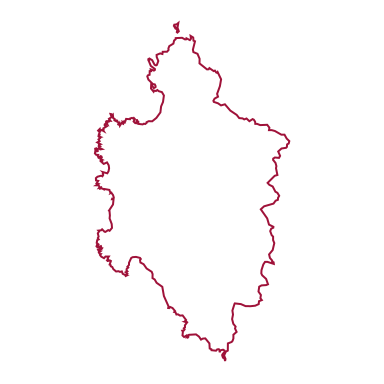 Nossa Senhora Do Monte, Brava, Cabo Verde (Mercator projection)
{"feature_id": "66160863B40523802781782", "entity_name": "Nossa Senhora Do Monte", "entity_type": "district", "adm_level": 2, "iso_a3": "CPV", "parent_name": "Cabo Verde", "parent_adm1": "Brava", "projection": "mercator", "projection_center": [-24.736, 14.849], "detail": "fine", "context": "isolated", "style": "outline", "palette": "rose", "viewbox_px": 384, "rotation_deg": 0, "n_neighbors": 0, "source": "geoboundaries", "source_scale": "gbopen_adm2", "svg_char_len": 5979}
<svg xmlns="http://www.w3.org/2000/svg" viewBox="0 0 384 384"><path d="M195.0,41.3L193.5,40.7L193.2,37.5L190.6,35.9L191.0,38.7L189.9,40.1L186.4,38.3L186.1,39.3L185.0,39.4L182.1,37.8L175.7,38.1L175.6,39.3L174.1,40.5L173.4,43.6L169.3,46.1L168.4,48.4L168.6,49.9L167.1,51.7L162.7,51.8L162.4,54.0L160.2,53.4L156.6,54.9L156.7,57.0L158.3,61.0L156.9,64.9L156.0,65.4L154.6,64.8L152.2,60.2L149.4,58.5L148.3,59.2L148.4,60.1L149.2,60.1L148.7,60.7L150.8,65.9L154.9,69.0L154.9,69.9L153.9,70.6L150.7,69.4L151.0,71.1L149.7,71.1L149.6,74.8L147.8,75.4L147.3,76.4L148.4,79.6L152.9,84.1L154.8,84.4L155.6,86.1L155.5,87.2L153.8,88.1L151.2,84.4L151.0,88.5L153.6,91.7L154.1,90.6L156.0,91.0L157.3,90.0L158.8,91.2L161.9,92.1L163.9,95.5L163.0,102.0L161.1,106.4L160.4,112.4L156.4,117.9L152.2,121.3L148.7,121.2L146.6,122.2L146.6,122.9L145.2,124.0L143.9,123.7L142.7,124.4L138.3,123.9L138.3,121.6L137.3,121.1L136.8,119.3L136.3,123.2L135.2,123.1L133.6,121.5L134.8,119.0L133.8,117.9L133.1,118.5L132.0,117.9L130.1,118.5L130.0,119.2L126.1,118.9L125.4,121.0L124.2,121.3L124.8,122.6L123.9,122.9L122.6,122.0L122.9,123.7L121.5,123.1L119.9,125.6L119.5,123.4L118.8,124.7L118.2,124.4L118.6,123.2L117.0,120.5L116.3,120.4L116.2,121.2L114.4,120.3L114.6,118.9L113.2,118.1L112.9,115.1L112.3,115.9L111.6,114.2L110.5,114.0L111.6,117.1L109.0,118.8L110.5,120.8L109.0,120.7L109.0,121.4L108.1,121.4L107.8,122.0L107.4,121.1L106.5,121.1L106.0,121.9L107.3,124.4L105.6,123.6L104.7,124.4L104.7,125.4L106.6,126.4L103.3,128.4L103.6,129.5L102.9,129.8L103.7,131.1L101.7,130.0L100.2,131.0L99.8,128.9L98.1,130.6L99.7,132.2L99.0,134.3L100.4,135.0L98.8,134.7L98.5,136.2L100.7,137.1L99.5,137.5L100.0,138.2L98.5,139.4L99.6,141.1L97.3,142.4L100.3,144.1L99.0,144.4L98.8,145.3L100.1,146.2L98.9,146.8L99.6,147.9L102.0,149.1L100.3,149.4L99.0,148.5L97.0,149.0L96.4,148.3L95.2,148.7L95.3,149.8L97.7,149.5L97.4,150.6L98.5,150.8L96.7,151.4L94.7,151.0L95.3,151.5L94.9,153.4L96.2,154.8L98.1,154.9L97.7,155.9L98.5,157.6L100.5,156.1L101.4,156.4L101.8,157.3L100.4,158.7L102.3,159.8L100.6,160.3L100.5,161.1L101.0,161.5L101.5,160.6L102.1,160.8L102.4,162.8L103.7,163.9L107.0,162.4L108.7,165.3L109.1,168.3L108.5,171.3L107.3,173.3L102.9,172.1L103.6,172.8L102.8,173.4L103.2,175.0L102.4,176.3L101.2,175.7L97.5,176.7L95.9,178.1L96.0,180.4L98.2,180.9L96.6,183.3L98.4,183.9L96.2,185.3L98.7,185.4L99.6,187.1L99.1,187.8L100.7,187.4L100.3,188.6L101.8,188.3L104.1,189.5L104.3,189.0L109.4,189.9L110.0,191.9L111.0,192.4L110.7,193.0L111.3,192.7L113.0,195.0L113.8,197.5L113.6,198.7L112.2,198.6L112.0,199.2L113.3,199.1L113.5,199.7L113.0,204.5L109.0,210.6L109.5,210.9L109.9,215.5L109.6,218.4L111.7,224.0L112.0,227.9L109.6,230.8L108.2,230.1L105.4,231.9L104.5,231.7L102.1,229.3L101.1,230.3L98.5,230.6L99.2,231.3L97.8,233.3L98.6,236.6L97.8,238.1L98.7,239.4L97.2,240.1L96.7,242.9L98.5,244.4L98.1,245.0L97.0,244.9L96.5,246.4L97.4,247.2L100.9,246.1L101.2,247.2L99.7,246.7L99.0,247.4L102.1,248.2L101.5,249.1L98.0,249.6L98.7,251.0L100.5,251.3L98.9,252.6L99.9,254.1L100.8,254.1L100.1,255.1L101.2,256.6L104.0,258.2L105.5,256.5L108.8,256.5L107.7,258.2L108.2,259.3L107.0,260.3L107.6,261.0L110.0,260.5L110.9,261.0L109.6,264.6L110.6,265.1L110.8,266.3L112.3,267.0L113.3,269.1L116.1,271.5L118.5,271.2L120.0,271.9L121.8,271.4L122.7,273.8L125.2,275.0L125.7,276.0L127.1,275.3L126.0,274.9L127.3,273.5L125.7,272.2L127.4,271.3L126.5,270.3L126.7,268.9L128.2,267.6L127.4,266.8L129.0,264.9L129.0,262.8L131.2,258.0L132.6,257.2L136.0,256.9L140.0,257.9L140.8,259.0L140.0,260.0L140.4,262.5L143.6,264.2L146.6,268.5L151.7,271.8L152.6,274.1L152.5,278.1L154.7,279.5L156.6,282.8L162.3,286.8L163.9,296.0L168.5,306.3L168.2,308.0L169.2,308.1L170.2,307.0L172.5,308.0L175.0,311.0L174.3,312.0L175.5,312.3L176.4,314.5L177.9,314.3L180.0,315.6L182.6,315.4L186.0,319.9L185.4,320.6L186.1,321.3L184.7,321.7L187.0,322.5L184.9,325.3L185.0,327.3L183.8,328.3L184.6,329.4L183.8,330.5L182.3,330.7L182.9,331.8L182.5,335.5L184.1,337.0L186.2,335.7L186.4,337.0L187.0,336.4L187.8,337.5L188.4,336.8L188.1,335.2L189.0,334.8L196.0,334.4L199.0,336.6L201.0,339.6L202.8,338.6L205.3,338.4L209.4,343.4L209.7,348.5L211.4,349.3L211.5,350.2L216.0,350.7L217.2,349.4L218.8,349.2L219.5,350.0L219.6,352.3L220.5,350.3L223.1,349.7L224.6,350.6L224.7,351.6L222.3,354.5L222.2,355.5L223.0,357.7L224.4,358.4L225.1,361.0L225.5,358.9L224.1,355.5L225.8,351.7L227.8,350.6L227.9,343.4L231.6,342.0L232.6,340.8L233.4,338.5L233.4,334.7L236.6,331.9L235.0,328.5L235.6,326.6L233.3,323.8L232.1,319.1L233.0,314.6L232.4,310.6L234.5,303.9L234.8,303.4L240.9,304.1L245.5,306.1L250.5,306.2L255.2,305.7L258.7,304.1L259.0,301.2L261.8,300.1L260.4,298.2L260.9,295.0L258.5,291.6L259.2,286.7L261.5,285.4L266.1,285.1L268.0,284.3L266.1,278.9L262.2,275.3L261.3,273.4L261.5,270.1L263.3,264.5L265.0,261.9L267.5,261.9L273.8,263.9L273.6,262.3L272.1,261.6L272.2,260.6L269.9,257.9L269.1,254.4L272.7,250.0L274.3,243.1L273.1,240.1L273.1,236.6L271.7,235.2L270.2,231.1L271.2,228.7L273.3,227.7L273.4,226.8L269.0,224.6L267.2,218.4L260.8,209.3L264.1,206.3L273.5,203.6L275.6,200.7L277.9,199.8L278.0,197.9L279.2,195.8L277.4,192.8L275.4,191.7L272.7,186.5L269.3,184.8L267.6,182.9L274.7,175.8L277.4,175.0L276.0,168.2L276.4,166.1L275.5,162.9L273.1,159.9L273.2,158.6L274.9,157.5L279.0,157.9L280.1,155.9L278.2,151.5L281.5,148.5L286.1,147.8L286.9,146.9L287.1,144.4L288.7,143.5L289.3,141.1L286.7,138.6L284.5,134.7L281.4,134.7L274.9,131.0L271.6,130.1L269.0,130.1L269.4,127.7L267.2,124.8L260.2,125.1L257.2,123.9L255.3,123.9L255.1,121.7L253.8,119.7L252.6,119.1L249.4,121.2L246.5,118.5L244.2,119.4L242.6,118.4L239.2,118.1L236.7,114.9L230.3,110.6L224.9,104.3L221.0,105.4L218.0,103.3L213.8,101.9L213.4,100.8L214.6,98.6L218.0,96.7L217.1,93.9L219.9,86.2L221.1,79.3L217.6,72.0L217.0,72.8L216.2,72.5L214.9,70.6L213.7,71.1L209.4,68.1L208.6,69.3L207.0,69.4L199.5,63.4L199.6,58.8L197.5,53.8L193.4,52.1L192.9,49.7L195.0,41.3ZM177.5,27.7L178.3,23.0L176.6,24.4L174.3,24.7L173.9,25.8L175.9,27.5L174.8,27.4L175.5,28.6L177.4,29.4L176.8,32.1L177.4,32.6L178.8,31.3L177.5,27.7Z" fill="none" stroke="#9f1239" stroke-width="2"/></svg>